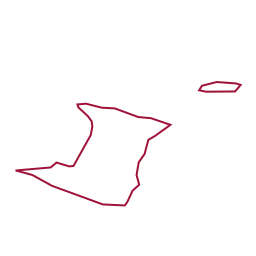 an SVG outline of Trinidad and Tobago, rotated 22°
{"feature_id": "TTO", "entity_name": "Trinidad and Tobago", "entity_type": "country or territory", "adm_level": 0, "iso_a3": "TTO", "parent_name": "North America", "parent_adm1": "", "projection": "mercator", "projection_center": [-61.19, 10.695], "detail": "fine", "context": "isolated", "style": "outline", "palette": "rose", "viewbox_px": 256, "rotation_deg": 22, "n_neighbors": 0, "source": "natural_earth", "source_scale": "50m", "svg_char_len": 599}
<svg xmlns="http://www.w3.org/2000/svg" viewBox="0 0 256 256"><g transform="rotate(22 128 128)"><path d="M154.1,201.0L133.3,208.3L79.3,210.1L56.9,207.4L39.7,209.5L71.0,193.6L74.7,186.8L87.9,185.6L91.7,183.6L96.1,148.4L94.4,140.0L91.8,135.4L86.4,132.1L74.3,127.5L72.3,125.1L79.9,121.2L96.1,119.0L108.3,114.8L133.4,114.0L145.6,110.3L166.1,109.2L156.0,125.3L151.3,131.4L153.1,145.9L150.8,155.8L153.5,168.3L159.6,176.4L155.7,184.5L155.1,196.7L154.1,201.0ZM186.8,65.1L179.8,66.4L180.7,61.2L192.9,52.2L211.5,46.2L216.3,45.9L213.6,54.0L186.8,65.1Z" fill="none" stroke="#9f1239" stroke-width="2"/></g></svg>